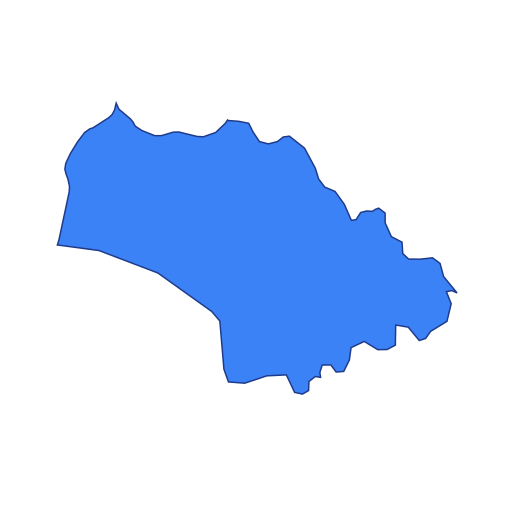 an SVG outline of Dobrich, rotated 191°
{"feature_id": "BGR-2259", "entity_name": "Dobrich", "entity_type": "Province", "adm_level": 1, "iso_a3": "BGR", "parent_name": "Bulgaria", "parent_adm1": "", "projection": "mercator", "projection_center": [27.865, 43.673], "detail": "fine", "context": "isolated", "style": "filled", "palette": "blue", "viewbox_px": 512, "rotation_deg": 191, "n_neighbors": 0, "source": "natural_earth", "source_scale": "10m", "svg_char_len": 1370}
<svg xmlns="http://www.w3.org/2000/svg" viewBox="0 0 512 512"><g transform="rotate(191 256 256)"><path d="M192.1,129.5L203.5,145.1L222.6,140.4L242.8,129.0L259.0,127.1L265.9,138.8L279.1,185.3L288.9,193.1L349.1,220.6L411.2,231.4L453.1,228.9L452.5,234.5L451.6,283.3L452.3,288.5L455.2,295.5L458.2,300.4L460.2,304.8L460.4,310.7L457.8,321.0L453.1,333.7L447.8,344.5L443.4,349.1L440.5,350.7L427.0,363.6L424.2,367.4L422.7,372.5L422.4,379.4L418.5,373.9L405.4,366.6L402.6,364.3L399.3,360.4L392.0,357.4L378.3,354.8L371.8,356.1L360.8,361.8L355.4,363.0L336.5,362.1L330.4,363.0L319.2,369.5L311.3,380.6L309.9,384.1L309.0,383.7L298.8,384.9L288.5,384.9L282.5,377.1L274.5,369.0L265.3,368.4L256.8,372.4L252.0,378.0L246.1,380.0L228.9,371.1L214.5,353.4L209.1,343.4L201.6,336.7L190.8,334.5L179.2,323.6L169.2,309.2L164.7,310.8L161.6,318.6L156.0,321.3L150.2,322.1L147.8,324.5L144.7,326.4L137.5,322.8L135.5,313.1L126.8,300.8L115.3,297.4L112.4,286.4L105.6,282.1L93.9,284.3L82.4,287.9L73.9,283.8L67.9,271.6L51.6,258.1L57.2,259.4L62.3,257.3L55.3,246.4L56.1,228.3L70.2,215.4L73.8,207.4L79.6,204.2L93.0,215.2L105.7,214.9L102.2,195.1L109.5,189.2L118.6,187.3L133.5,192.8L145.2,184.2L144.5,171.7L147.9,159.4L155.2,157.4L161.7,163.3L170.2,161.6L171.1,153.9L169.5,149.2L174.8,149.0L180.1,142.9L178.7,133.9L184.1,129.3L192.0,129.5L192.1,129.5Z" fill="#3b82f6" stroke="#1e3a8a" stroke-width="1.5"/></g></svg>